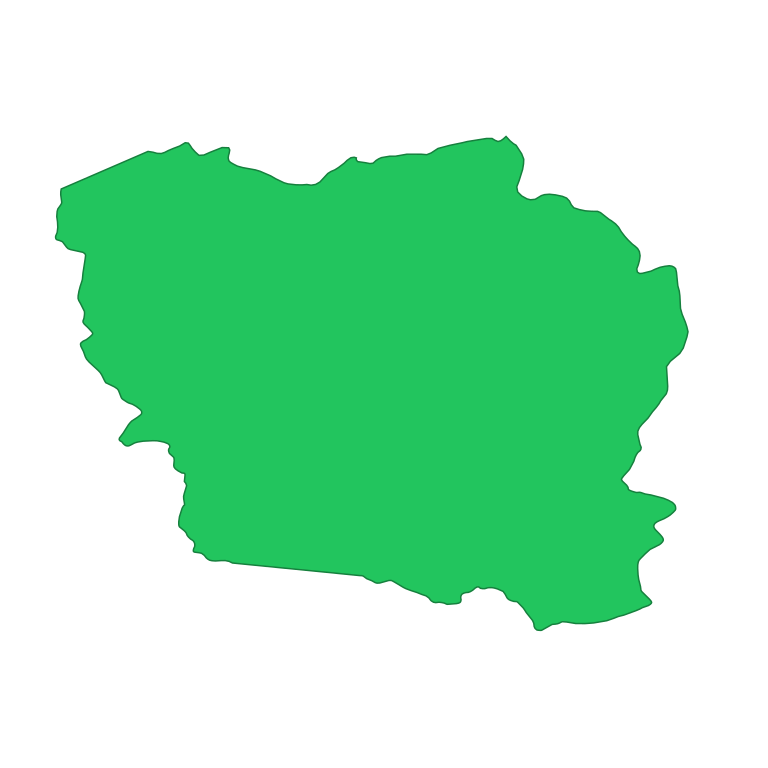 La Venta, Francisco Morazán, Honduras, rotated 173°
{"feature_id": "27666195B10946257085941", "entity_name": "La Venta", "entity_type": "district", "adm_level": 2, "iso_a3": "HND", "parent_name": "Honduras", "parent_adm1": "Francisco Morazán", "projection": "mercator", "projection_center": [-87.317, 13.734], "detail": "fine", "context": "isolated", "style": "filled", "palette": "green", "viewbox_px": 768, "rotation_deg": 173, "n_neighbors": 0, "source": "geoboundaries", "source_scale": "gbopen_adm2", "svg_char_len": 6152}
<svg xmlns="http://www.w3.org/2000/svg" viewBox="0 0 768 768"><g transform="rotate(173 384 384)"><path d="M232.7,614.8L235.7,612.7L238.5,611.2L241.3,610.8L244.2,612.4L246.8,614.5L252.3,615.2L271.8,614.5L277.0,613.9L289.4,612.9L301.7,611.2L309.0,607.6L313.6,606.4L318.9,607.5L333.2,609.3L344.8,608.7L350.4,609.4L359.0,609.0L361.9,608.1L364.5,606.9L367.9,604.5L371.1,604.5L375.8,606.0L382.9,607.9L384.0,609.4L384.2,611.0L383.9,611.8L386.0,612.7L389.3,612.6L393.3,610.5L396.6,608.0L402.8,604.4L406.8,602.5L410.7,601.4L414.1,599.8L423.0,592.3L427.5,590.4L432.1,590.2L436.2,591.4L441.0,591.6L446.9,592.4L454.9,594.3L458.7,595.9L466.5,600.9L471.1,604.4L481.2,610.3L485.6,612.2L497.8,616.0L502.9,618.1L506.2,620.3L509.3,622.6L510.8,624.5L511.1,627.4L510.4,630.0L509.6,631.8L508.6,635.0L509.4,637.4L515.9,638.4L527.9,635.3L534.9,633.2L539.8,633.5L543.0,637.2L545.8,641.2L547.2,644.1L548.8,646.9L551.9,647.7L557.8,645.1L564.3,643.5L569.6,642.0L573.4,640.6L576.9,639.9L581.2,640.6L585.0,642.2L589.9,643.6L680.6,616.9L681.4,614.1L681.8,611.2L681.7,603.5L682.2,602.3L683.1,601.1L686.4,597.5L687.4,595.1L688.4,590.0L688.3,584.7L688.7,579.3L689.9,574.3L691.9,570.7L692.1,569.5L692.0,568.3L691.6,567.5L691.0,567.0L688.4,565.9L685.8,564.4L682.4,558.5L681.0,556.8L678.7,555.6L666.8,551.4L665.1,549.9L664.7,549.0L664.5,548.1L665.4,544.4L669.2,531.0L670.6,524.7L671.3,522.9L673.6,518.0L675.5,513.2L676.8,508.9L677.2,506.2L676.8,504.1L675.3,500.5L672.5,492.6L672.6,490.7L673.0,488.7L673.8,485.8L675.1,483.2L675.1,481.8L674.1,479.8L671.4,476.6L668.1,472.1L667.1,470.5L667.0,469.7L667.3,468.9L668.0,468.2L670.6,466.3L674.0,464.3L677.4,463.2L679.5,461.9L680.1,461.3L680.4,460.5L680.3,458.5L678.3,452.8L677.1,447.3L676.2,445.0L674.0,441.7L666.1,432.4L664.4,430.1L663.1,427.5L660.9,421.2L660.0,419.2L651.9,414.0L649.3,411.7L648.6,410.6L648.1,409.2L646.4,402.5L645.9,401.5L645.0,400.5L641.1,397.2L639.6,396.2L636.2,394.6L632.8,392.1L629.6,389.0L628.6,387.8L628.0,386.6L627.9,385.6L628.1,384.5L628.4,383.9L629.2,383.1L633.3,380.7L638.7,378.1L640.3,376.9L642.5,374.8L648.9,367.0L653.1,362.7L653.6,361.4L653.5,360.7L653.1,360.0L652.6,359.5L651.4,358.8L650.0,356.5L648.7,355.0L647.6,354.2L646.4,353.8L645.4,353.7L644.4,353.8L642.3,354.5L638.7,355.9L635.7,356.4L629.9,356.6L620.4,355.9L616.2,355.3L612.6,354.2L609.4,353.1L605.9,351.2L604.9,350.3L604.4,349.3L604.2,348.5L604.2,347.7L604.6,346.9L605.6,345.6L605.9,344.6L605.9,343.2L605.4,341.2L602.0,337.3L601.5,336.4L601.5,334.0L602.6,328.8L602.5,327.2L601.4,325.2L599.0,322.9L595.4,320.3L593.4,319.9L592.7,319.3L592.5,318.2L594.0,311.6L593.8,311.2L592.8,309.6L592.3,307.1L595.6,299.6L596.6,296.9L596.8,294.4L596.6,290.2L596.7,288.3L596.9,288.0L597.6,287.7L598.1,287.2L599.5,285.3L603.2,277.2L604.5,272.3L604.8,269.9L604.8,268.3L604.4,267.1L600.2,262.8L599.0,261.2L598.4,260.0L597.8,257.7L596.7,255.9L594.9,253.7L592.7,251.9L591.9,250.6L591.4,248.9L591.4,247.1L591.8,245.6L592.9,243.9L593.5,242.3L593.6,241.3L593.1,240.5L592.5,240.2L587.9,239.0L585.7,238.2L583.3,235.9L581.6,233.1L580.3,231.7L578.6,230.4L576.4,229.6L572.9,228.9L567.6,228.6L563.1,228.1L559.3,226.8L556.2,224.8L431.4,196.8L429.5,196.5L428.6,196.2L427.7,195.6L424.9,192.9L420.0,190.2L416.9,187.9L415.2,187.2L412.4,187.0L403.2,188.4L401.0,188.2L399.9,187.7L397.7,186.1L389.6,179.8L387.2,178.2L382.4,175.7L376.6,173.0L372.1,170.5L368.1,168.6L365.5,166.2L364.3,164.1L363.5,163.0L361.5,161.4L359.3,160.7L356.0,160.7L353.2,160.0L350.7,159.1L348.8,157.9L347.9,157.6L338.9,157.2L336.8,157.4L335.6,157.7L334.7,158.3L334.2,159.2L333.8,160.5L333.9,162.3L333.7,163.6L333.1,164.9L332.2,165.9L331.4,166.3L329.8,166.8L328.0,167.0L325.7,166.9L323.6,167.4L321.1,168.5L318.3,170.4L316.3,171.2L314.8,171.1L313.2,169.5L310.9,168.8L308.8,168.6L305.9,169.1L304.6,169.1L301.6,168.7L299.5,168.1L296.4,166.8L291.0,163.6L289.3,160.4L288.0,156.9L287.3,155.8L286.2,154.7L284.6,153.7L281.7,152.4L278.7,151.8L277.8,151.0L273.2,144.9L271.8,142.3L270.7,139.9L265.5,131.4L265.0,130.0L264.5,128.1L264.5,124.9L263.8,122.9L262.2,121.2L260.4,120.7L258.2,120.3L257.4,120.4L246.4,124.9L243.0,124.8L240.9,124.9L239.1,125.3L236.7,126.2L235.8,126.3L231.7,125.5L222.9,122.9L213.5,121.7L205.0,121.3L191.7,121.9L184.7,123.4L179.7,124.7L174.1,125.4L161.6,128.3L157.4,129.5L154.9,130.5L148.5,131.9L146.5,132.9L145.5,133.7L145.1,134.3L145.0,134.8L145.5,136.2L147.0,138.4L153.5,146.6L154.1,148.0L154.1,151.8L155.0,158.9L155.1,163.6L154.7,169.9L154.2,173.5L153.4,176.1L152.5,177.8L150.8,179.4L145.6,183.5L140.1,187.4L130.1,191.0L128.3,192.1L126.7,193.5L126.0,194.5L125.8,195.1L125.8,196.1L126.0,197.0L126.7,198.5L128.4,201.1L132.0,205.8L132.9,207.2L133.4,208.4L133.6,209.3L133.5,210.3L133.1,211.3L132.0,212.7L129.6,214.0L127.3,214.8L122.4,216.2L118.5,217.8L115.9,219.1L112.4,221.5L110.3,223.3L109.7,224.4L109.6,226.4L109.8,227.7L110.3,228.9L112.0,231.1L115.8,233.9L120.4,236.5L132.5,241.3L138.2,243.0L142.3,245.0L143.7,245.4L146.4,245.5L147.7,245.9L151.1,247.4L153.4,248.7L154.3,249.7L154.4,251.8L155.5,254.0L159.2,258.5L159.7,259.6L159.9,260.5L159.4,261.4L157.1,263.8L151.4,268.7L150.4,269.8L145.5,276.8L143.8,280.5L142.2,283.0L140.4,285.1L137.9,286.7L137.0,287.9L136.4,290.2L136.5,290.0L137.3,292.8L138.3,302.9L137.8,306.3L135.8,309.6L132.9,312.5L126.2,317.9L120.9,323.7L116.8,327.4L113.6,330.7L111.4,333.6L105.0,339.9L103.4,343.4L102.7,347.2L101.5,366.8L97.1,371.6L86.7,378.3L82.6,383.2L77.6,393.8L75.9,398.8L76.4,403.7L77.4,408.8L79.6,416.9L80.5,422.8L79.6,435.4L79.6,440.3L80.4,445.7L80.1,459.3L80.5,463.0L81.9,464.6L83.9,465.9L86.4,466.6L91.0,466.6L95.7,466.2L100.9,464.9L105.1,463.5L114.0,462.4L116.8,462.5L118.9,464.2L119.1,467.5L117.1,471.3L115.3,475.8L114.2,480.1L114.4,484.4L115.8,487.6L117.7,489.8L120.5,492.6L124.2,497.2L127.0,501.2L130.0,506.3L132.0,510.9L134.6,514.6L138.4,518.3L140.7,520.1L148.2,527.7L150.9,529.3L156.8,530.1L162.9,531.3L168.8,533.3L174.1,535.7L176.3,539.1L177.6,542.9L180.1,546.3L184.0,548.5L190.7,550.8L196.7,552.2L201.6,552.4L204.9,551.8L211.4,548.9L216.1,549.0L219.5,550.3L224.3,553.8L227.9,558.3L228.2,563.5L225.1,569.4L220.3,580.0L218.7,585.4L217.9,590.1L219.3,595.7L223.8,604.9L226.2,606.7L229.2,609.9L232.7,614.8Z" fill="#22c55e" stroke="#15803d" stroke-width="1.5"/></g></svg>